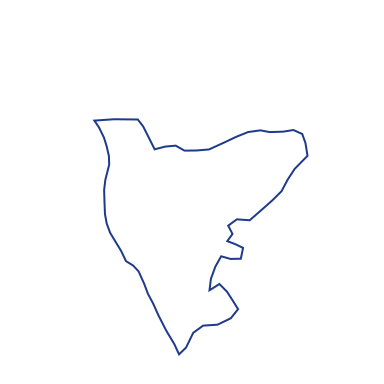 Olinda, Pernambuco, Brazil, rotated 137°
{"feature_id": "56859067B62433131631908", "entity_name": "Olinda", "entity_type": "district", "adm_level": 2, "iso_a3": "BRA", "parent_name": "Brazil", "parent_adm1": "Pernambuco", "projection": "orthographic", "projection_center": [-34.866, -7.998], "detail": "fine", "context": "isolated", "style": "outline", "palette": "blue", "viewbox_px": 384, "rotation_deg": 137, "n_neighbors": 0, "source": "geoboundaries", "source_scale": "gbopen_adm2", "svg_char_len": 1012}
<svg xmlns="http://www.w3.org/2000/svg" viewBox="0 0 384 384"><g transform="rotate(137 192 192)"><path d="M312.2,82.1L302.4,82.3L287.1,88.2L275.0,86.7L263.9,77.6L249.7,73.2L238.2,74.9L236.5,83.5L234.4,95.1L234.7,106.0L246.2,108.2L237.4,115.6L225.8,121.5L214.5,125.1L209.5,116.8L201.8,109.9L192.8,116.3L195.8,124.1L199.7,132.0L191.0,133.7L188.5,142.7L177.8,141.4L169.1,132.0L154.3,131.5L139.0,131.1L126.1,131.5L113.6,135.8L101.1,138.9L82.8,139.7L75.6,150.5L71.8,159.3L75.6,168.2L84.1,173.9L94.3,182.8L99.9,190.4L110.1,197.6L122.6,202.4L134.6,206.2L150.5,211.5L160.3,219.2L169.3,227.4L172.3,237.0L180.5,243.4L190.2,248.7L186.0,263.0L183.0,273.3L182.2,282.0L199.3,298.3L214.7,310.8L216.0,302.6L219.3,291.8L223.2,283.7L228.3,274.9L233.9,268.5L247.2,259.9L254.9,253.4L262.2,245.1L270.7,235.2L275.9,227.1L279.7,218.0L281.9,207.6L284.0,197.3L287.4,186.4L285.2,178.3L285.2,170.4L289.6,157.4L293.7,147.5L296.4,137.2L300.7,124.6L305.4,108.1L308.7,92.7L312.2,82.1Z" fill="none" stroke="#1e3a8a" stroke-width="2"/></g></svg>